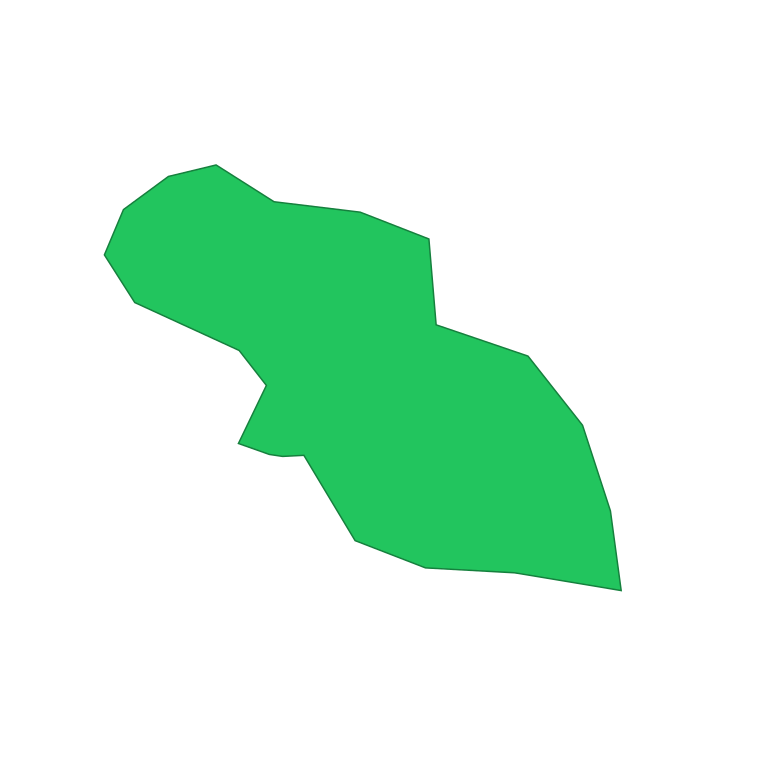 an SVG outline of `Uvea, rotated 126°
{"feature_id": "WLF-4996", "entity_name": "`Uvea", "entity_type": "state/province", "adm_level": 1, "iso_a3": "WLF", "parent_name": "Wallis and Futuna", "parent_adm1": "", "projection": "robinson", "projection_center": [-176.158, -13.28], "detail": "fine", "context": "isolated", "style": "filled", "palette": "green", "viewbox_px": 768, "rotation_deg": 126, "n_neighbors": 0, "source": "natural_earth", "source_scale": "10m", "svg_char_len": 445}
<svg xmlns="http://www.w3.org/2000/svg" viewBox="0 0 768 768"><g transform="rotate(126 384 384)"><path d="M411.7,70.7L460.0,167.4L508.4,242.4L527.7,315.3L488.8,406.9L502.2,423.5L508.4,435.4L517.7,466.8L454.3,478.3L442.0,520.9L464.6,633.5L443.9,686.1L396.0,697.3L342.8,680.4L305.5,648.6L301.2,580.1L259.0,504.3L240.3,432.9L305.5,376.6L276.8,283.9L300.7,199.1L353.6,126.2L411.7,70.7Z" fill="#22c55e" stroke="#15803d" stroke-width="1.5"/></g></svg>